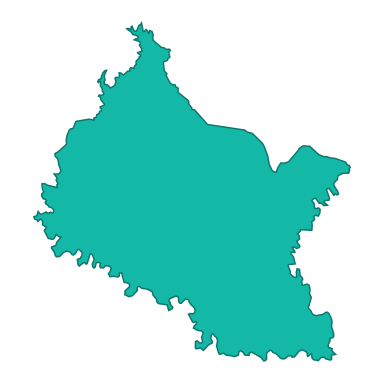 the district of San Pedro el Alto, Oaxaca, Mexico
{"feature_id": "50627088B47026157219910", "entity_name": "San Pedro el Alto", "entity_type": "district", "adm_level": 2, "iso_a3": "MEX", "parent_name": "Mexico", "parent_adm1": "Oaxaca", "projection": "orthographic", "projection_center": [-96.479, 16.023], "detail": "fine", "context": "isolated", "style": "filled", "palette": "teal", "viewbox_px": 384, "rotation_deg": 0, "n_neighbors": 0, "source": "geoboundaries", "source_scale": "gbopen_adm2", "svg_char_len": 5914}
<svg xmlns="http://www.w3.org/2000/svg" viewBox="0 0 384 384"><path d="M349.4,165.5L347.6,165.2L345.5,162.1L335.4,158.5L329.9,157.8L326.8,156.6L324.1,156.7L318.9,154.7L309.7,146.3L303.3,145.8L299.2,148.4L298.4,150.3L288.5,161.8L284.8,163.1L280.7,163.1L277.4,168.5L276.5,171.9L274.9,172.2L272.2,170.7L269.2,164.2L267.7,155.9L264.3,146.8L262.4,143.3L252.2,133.3L246.7,131.9L244.9,130.1L207.5,124.5L194.4,109.7L192.1,109.5L191.6,107.7L189.0,104.2L188.5,100.8L178.0,92.3L178.2,88.1L175.9,87.0L174.9,84.6L172.9,85.0L170.1,82.9L166.1,75.6L166.9,73.6L164.3,71.0L163.4,63.0L164.1,61.4L167.4,60.5L168.0,58.5L169.9,57.2L168.7,52.4L170.4,50.3L169.4,49.2L165.9,49.4L164.4,47.9L161.4,47.4L153.1,40.3L152.7,37.0L153.3,35.1L152.0,31.5L149.6,30.6L149.1,33.4L148.3,33.4L147.5,30.9L146.0,29.5L144.3,31.5L143.2,31.6L141.5,23.0L140.5,24.6L138.9,25.4L136.7,30.7L135.7,31.4L133.6,30.3L132.1,26.2L131.2,26.6L131.2,29.4L128.0,28.4L126.8,28.8L131.2,32.0L132.7,34.4L136.7,35.6L138.3,36.7L137.9,38.8L135.7,38.9L134.2,39.8L139.8,41.7L140.4,43.8L139.3,45.1L141.5,48.4L142.0,51.3L137.7,52.5L138.0,53.3L140.5,55.0L140.7,56.0L139.3,56.7L139.1,58.3L136.5,60.7L135.9,62.2L136.4,64.3L134.6,65.8L133.8,68.4L130.7,67.7L129.8,68.8L129.9,71.0L127.6,71.2L123.6,75.0L120.9,73.0L119.1,72.8L119.5,76.5L118.2,77.6L116.0,77.3L115.0,78.2L116.0,81.8L114.7,85.5L110.5,88.0L107.7,85.1L104.4,84.1L104.2,81.5L105.1,79.5L104.4,77.9L104.5,74.8L106.6,70.4L105.0,70.6L103.2,72.3L101.5,76.1L101.3,78.5L98.8,79.6L97.7,81.5L98.3,82.6L99.6,81.4L100.5,81.6L100.4,86.0L101.9,87.9L102.4,91.3L103.8,93.4L103.4,94.5L101.6,95.3L99.2,95.0L98.5,96.1L100.4,97.2L101.1,100.1L104.2,103.9L104.3,105.2L100.2,106.8L100.2,108.1L101.5,109.0L101.3,110.8L99.9,111.3L98.8,113.7L96.8,114.7L96.4,117.0L93.8,118.2L94.0,120.1L89.0,119.2L75.9,121.4L73.1,128.4L70.4,129.0L69.2,130.3L67.1,135.3L66.2,139.8L66.6,144.1L58.6,151.5L55.0,153.6L55.1,156.1L57.8,158.9L58.9,165.2L60.9,170.4L60.7,171.7L58.7,174.0L54.1,174.0L57.2,178.1L56.1,180.1L58.0,183.8L56.8,185.0L57.3,187.6L47.5,185.2L44.3,183.5L41.9,183.9L42.3,188.3L43.7,192.0L41.6,194.2L41.7,196.1L43.3,198.8L45.6,199.4L46.4,200.8L45.2,202.2L45.8,204.0L47.7,205.0L48.9,206.9L51.3,207.5L53.4,209.5L53.9,210.5L53.2,212.7L52.4,213.1L50.5,212.1L48.1,213.4L46.0,212.0L41.7,214.2L40.0,213.9L38.2,211.5L36.8,215.7L33.8,216.8L34.7,219.0L37.0,219.9L37.9,221.5L40.2,219.1L41.8,219.9L42.6,221.4L42.5,224.8L46.1,227.1L46.4,227.9L44.2,230.3L48.2,238.4L52.7,239.4L54.2,238.3L56.2,234.4L58.8,236.6L61.0,237.1L56.6,242.6L55.9,245.4L51.7,246.9L51.4,247.9L54.5,252.5L55.1,255.1L56.3,256.8L59.7,256.5L63.3,252.7L66.0,251.2L69.8,251.8L72.2,254.7L73.4,255.0L75.2,253.8L77.6,249.6L79.1,249.4L82.3,252.9L81.9,255.3L80.4,258.2L77.3,259.5L78.1,264.8L79.2,266.1L83.6,262.6L84.6,262.6L86.2,264.1L87.1,263.7L90.1,254.0L91.2,253.9L92.3,254.6L94.2,259.4L92.3,264.0L92.7,266.6L93.8,268.0L95.2,267.1L96.2,262.7L98.5,262.4L100.6,263.2L99.7,266.0L100.4,267.7L103.4,268.0L105.5,265.8L106.7,265.7L109.4,266.3L110.7,267.3L111.1,268.5L110.4,271.0L108.4,273.7L110.0,276.7L113.9,276.3L118.2,277.0L119.3,276.1L119.4,273.1L121.6,272.9L124.2,282.5L126.9,282.7L129.3,284.1L129.7,285.1L129.3,286.8L124.9,291.1L125.0,295.0L126.2,295.0L128.5,296.7L132.5,295.7L137.3,290.6L137.2,287.5L138.3,286.5L139.5,286.6L142.0,288.4L147.1,289.0L152.4,291.9L153.0,295.1L156.4,299.0L156.8,301.6L158.4,303.6L167.1,304.8L168.7,310.5L172.0,309.0L172.8,307.3L170.1,303.9L170.3,302.5L168.8,300.8L169.3,299.2L170.3,298.5L175.7,296.2L177.2,296.3L178.3,297.1L178.8,301.6L180.0,303.3L181.3,303.2L185.5,299.0L188.0,299.5L190.5,304.1L194.5,308.0L195.2,310.4L194.6,312.7L193.3,313.9L190.1,313.5L188.5,314.2L192.4,321.7L193.3,322.5L195.8,321.5L196.6,322.1L196.0,324.5L194.3,325.7L193.4,328.1L197.8,330.4L201.5,331.0L203.4,332.8L201.5,337.1L202.5,341.1L202.2,342.6L200.0,343.2L197.3,340.8L195.5,341.6L195.3,347.9L196.1,348.8L200.4,348.0L203.4,350.4L209.0,344.5L212.0,343.2L212.5,341.5L211.1,339.6L210.8,337.8L211.4,335.1L212.5,333.8L213.6,334.0L214.4,335.8L216.4,337.5L217.6,340.6L216.6,345.9L218.1,351.5L219.1,354.0L219.8,354.3L223.6,353.2L226.6,355.4L230.0,355.5L234.6,356.6L238.4,355.2L239.0,351.5L240.3,350.7L243.5,352.5L244.4,354.8L245.9,355.4L249.3,355.1L249.4,353.0L251.7,352.1L261.1,357.5L263.8,361.0L265.5,360.5L266.6,359.1L266.5,354.2L267.1,352.4L270.2,350.2L271.4,350.3L272.7,352.2L276.2,353.7L280.2,358.0L282.8,359.0L285.4,358.5L287.5,356.4L290.0,355.6L291.8,356.0L292.0,357.2L294.6,356.8L299.1,351.1L302.1,349.8L306.0,351.6L307.1,353.1L307.6,356.3L309.3,355.5L310.6,353.7L311.7,354.1L312.0,358.1L313.6,359.7L318.4,360.6L320.9,357.6L323.7,357.0L325.8,358.9L330.3,360.1L331.6,359.1L331.5,355.1L335.6,354.4L332.0,351.0L332.2,348.6L328.8,347.5L328.1,346.3L328.3,344.4L330.0,340.9L329.9,338.5L332.6,337.7L333.6,336.7L333.7,333.7L331.5,326.5L332.0,321.4L331.6,319.3L329.0,313.5L327.4,312.2L326.2,312.2L322.8,314.4L316.8,315.6L314.3,315.2L312.1,313.7L311.0,311.0L308.3,307.9L311.3,297.5L309.5,293.5L310.0,289.3L309.2,285.3L307.0,284.0L304.0,285.2L302.3,285.0L301.6,281.0L302.7,279.5L302.2,277.6L300.1,275.5L299.5,269.4L297.1,268.8L296.3,272.3L296.7,277.1L294.1,277.3L290.2,273.9L290.2,271.0L288.1,265.9L288.4,264.6L295.2,263.9L293.4,256.8L290.7,253.3L291.3,251.9L294.0,252.6L295.0,252.1L292.5,247.5L294.6,246.9L296.5,248.5L299.1,247.6L299.9,246.2L296.7,241.6L299.5,239.1L299.3,235.8L297.5,234.0L300.2,231.1L300.6,229.7L311.8,230.3L312.2,225.1L311.7,221.9L314.6,219.6L313.8,217.1L314.4,215.7L316.5,215.4L318.3,216.1L319.7,213.4L320.2,209.6L318.8,208.0L315.4,208.6L314.5,207.8L314.0,203.1L312.0,201.2L312.1,200.3L312.9,199.2L315.4,198.1L319.3,203.3L321.4,203.1L323.7,205.6L327.5,205.2L323.5,201.7L324.7,200.7L328.9,200.2L329.5,198.3L326.5,189.7L327.5,188.5L329.2,188.5L333.9,195.3L334.8,194.0L337.4,194.9L338.5,193.9L337.6,191.2L334.2,186.0L333.6,183.7L335.7,180.9L337.2,180.0L338.0,175.7L343.2,173.2L348.6,173.2L349.6,170.5L349.2,168.5L350.2,167.5L349.4,165.5Z" fill="#14b8a6" stroke="#0f766e" stroke-width="1.5"/></svg>